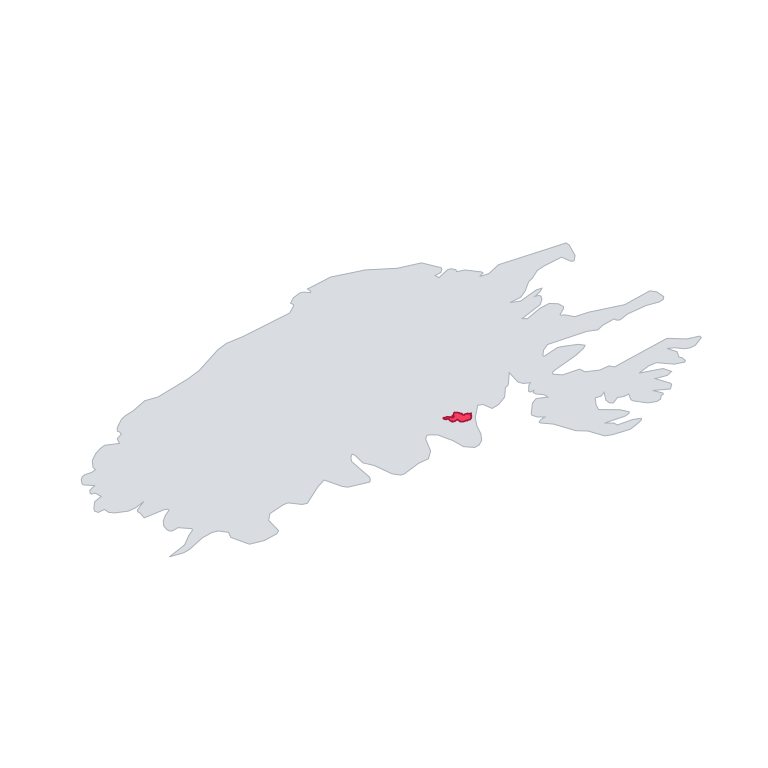 Blönduósbær, Norðurland vestra, Iceland (highlighted), rotated 164°
{"feature_id": "244011B97005072200428", "entity_name": "Blönduósbær", "entity_type": "district", "adm_level": 2, "iso_a3": "ISL", "parent_name": "Iceland", "parent_adm1": "Norðurland vestra", "projection": "natural_earth1", "projection_center": [-20.065, 65.651], "detail": "fine", "context": "in_parent", "style": "filled", "palette": "rose", "viewbox_px": 768, "rotation_deg": 164, "n_neighbors": 0, "source": "geoboundaries", "source_scale": "gbopen_adm2", "svg_char_len": 6719}
<svg xmlns="http://www.w3.org/2000/svg" viewBox="0 0 768 768"><g transform="rotate(164 384 384)"><path d="M583.7,288.4L590.3,288.7L601.0,286.2L616.4,278.7L622.9,277.0L638.0,277.0L620.0,284.3L613.4,292.2L608.5,296.1L608.6,297.9L621.6,302.7L627.8,301.1L630.5,301.7L633.0,304.0L634.9,308.5L633.9,313.2L630.4,318.0L625.5,321.9L626.2,323.2L630.3,323.8L651.4,321.4L654.0,327.2L656.0,329.1L655.5,331.1L647.3,337.3L657.1,333.4L664.9,332.3L678.4,334.3L684.0,336.5L687.4,340.5L694.0,339.3L697.1,341.5L697.3,344.0L694.6,350.6L686.8,353.9L691.7,358.7L695.8,358.8L696.6,359.9L696.2,362.8L690.2,366.1L700.5,369.8L701.8,371.2L701.4,375.5L699.7,377.9L696.7,379.3L689.4,379.6L685.0,381.2L686.7,383.8L685.5,391.0L679.9,396.9L674.6,400.1L669.4,402.1L654.7,399.8L655.5,405.0L650.3,408.1L651.4,410.8L653.3,412.1L652.5,415.5L646.0,422.5L641.4,424.8L632.0,427.5L618.6,433.9L604.8,433.8L571.2,442.9L557.9,447.9L534.3,462.7L524.3,466.5L507.0,468.4L455.2,478.2L449.4,484.0L449.1,485.3L451.5,487.5L447.6,491.7L439.8,494.7L436.1,494.6L429.6,492.1L428.8,493.3L431.4,496.4L405.9,501.5L370.6,498.8L339.4,491.6L314.6,490.1L297.1,480.1L296.7,478.5L298.6,475.5L304.9,474.2L301.9,471.1L291.3,476.4L287.9,476.3L283.4,474.1L283.3,472.0L274.5,471.2L259.3,464.8L258.2,463.4L261.9,461.3L261.2,460.9L252.9,461.2L240.9,467.1L170.0,469.4L167.6,466.3L164.9,454.8L167.4,450.0L170.4,450.4L178.5,457.0L197.6,453.3L205.3,450.9L212.5,444.6L216.6,442.6L222.5,434.7L228.4,429.8L240.4,427.5L229.7,426.1L211.7,432.5L205.7,432.5L208.6,429.7L214.7,426.6L210.5,426.4L208.9,425.0L208.8,422.0L212.0,417.3L233.1,408.8L228.2,407.2L213.5,413.7L202.9,415.9L194.2,413.0L190.2,409.0L190.4,407.3L195.6,402.2L194.8,401.2L191.3,400.7L182.0,396.1L167.2,396.6L130.6,393.9L102.9,400.3L96.3,397.3L91.0,390.9L92.2,388.4L97.0,387.0L110.5,387.2L130.5,384.2L139.6,380.5L143.1,381.4L144.7,383.2L157.0,380.4L163.6,377.1L174.5,378.7L215.9,376.9L221.3,372.6L223.5,367.5L222.5,366.5L207.3,371.2L203.9,371.1L186.3,368.6L180.0,365.8L182.2,363.5L191.5,358.7L215.3,350.5L218.6,348.9L219.0,346.9L209.7,343.5L191.9,344.4L187.4,340.3L172.7,337.9L162.8,339.4L157.7,336.9L99.4,349.9L80.7,343.9L67.3,343.0L66.2,341.1L74.1,335.4L79.5,334.4L84.9,334.9L95.1,338.9L102.1,340.1L93.4,334.3L93.1,328.7L90.4,327.2L87.8,323.5L88.9,322.2L99.5,323.1L116.4,329.5L124.8,328.4L135.7,324.2L111.4,321.9L104.1,316.8L109.5,314.2L122.0,314.5L108.2,305.7L107.6,304.2L110.1,300.3L127.5,303.7L118.4,298.5L118.2,297.4L120.8,296.4L122.3,293.2L126.7,292.0L135.5,293.1L149.1,299.1L151.0,300.8L151.5,306.9L156.9,305.9L163.3,306.7L168.7,302.6L172.3,303.6L175.2,307.3L174.7,315.4L178.4,312.6L184.8,312.4L185.9,305.7L184.8,300.3L164.0,294.1L155.9,289.6L156.9,288.1L161.0,286.7L182.8,285.6L173.5,283.0L171.2,280.3L154.7,281.3L146.3,280.2L146.2,278.8L149.5,276.8L159.6,272.6L178.7,272.3L186.3,273.4L200.9,282.6L212.6,286.3L232.2,298.8L244.8,303.6L245.4,304.8L243.3,306.3L238.4,307.9L245.9,310.1L250.4,313.3L250.7,314.8L246.5,324.8L241.7,328.1L230.0,326.2L232.8,329.4L241.1,332.8L243.0,334.8L241.7,336.6L245.7,336.0L247.0,337.1L245.1,342.9L243.0,344.9L249.9,346.1L254.7,349.0L260.5,360.5L263.7,351.6L265.3,348.4L268.2,347.2L271.7,338.1L279.5,332.7L286.8,330.7L294.4,337.0L299.8,337.7L305.5,326.6L306.3,318.4L304.6,309.4L305.6,303.0L309.3,299.2L314.2,298.0L324.7,301.8L333.5,310.7L346.7,320.4L355.8,322.9L357.4,322.6L359.1,319.4L357.7,306.6L361.9,299.9L372.8,298.2L389.1,292.0L392.9,291.8L401.0,295.4L415.7,308.2L426.1,314.1L431.6,323.6L434.0,325.4L436.2,322.4L436.4,318.2L423.6,298.5L423.5,295.9L424.6,293.7L447.2,294.8L452.3,297.0L468.0,308.2L475.7,303.6L490.7,290.4L495.9,290.8L509.0,296.2L514.2,295.7L529.3,290.9L532.5,284.7L525.7,272.2L528.3,269.6L542.3,266.5L557.5,267.1L573.5,278.7L574.3,284.2L583.7,288.4Z" fill="#d9dde1" stroke="#a8b0b8" stroke-width="1"/><path d="M328.9,328.8L327.7,328.7L327.2,328.7L326.8,328.7L326.4,328.6L326.2,328.6L323.6,329.7L323.4,329.6L323.2,329.6L323.0,329.4L322.9,329.3L322.9,329.2L323.0,329.1L322.9,329.0L322.9,328.9L322.7,328.8L322.5,328.7L322.3,328.4L322.2,328.4L322.1,328.2L321.9,328.0L321.8,327.9L321.8,327.7L321.7,327.6L321.4,327.5L321.4,327.4L321.2,327.2L321.2,326.9L320.9,326.9L320.7,326.7L320.2,326.5L320.0,326.4L319.8,326.4L319.6,326.3L319.5,326.2L319.4,326.2L319.1,326.2L318.8,326.2L318.6,326.1L317.9,326.0L317.8,325.9L317.5,326.0L317.5,325.9L317.4,325.9L317.2,326.0L316.9,326.0L316.7,326.0L316.4,326.0L316.2,326.0L315.9,326.1L315.7,326.2L315.4,326.1L315.2,326.2L314.8,326.3L314.7,326.3L314.6,326.2L314.4,326.1L314.2,326.2L313.9,326.1L313.9,325.9L313.7,326.0L313.4,326.2L313.2,326.1L312.9,326.2L312.7,326.2L312.4,326.1L312.2,326.1L311.7,326.2L311.4,326.2L311.1,326.1L310.9,326.1L310.6,326.4L310.4,326.5L310.2,326.6L309.9,326.9L310.0,327.0L310.1,327.3L310.0,327.5L309.7,327.7L309.6,327.8L309.3,328.1L309.2,328.1L309.2,328.3L309.0,328.5L308.9,328.8L308.8,329.0L308.7,329.2L308.7,329.3L308.8,329.3L308.9,329.5L309.0,329.8L309.0,330.0L308.9,330.2L308.9,330.3L309.0,330.2L309.1,330.3L309.3,330.4L309.2,330.5L308.8,330.8L308.7,330.9L308.6,331.0L308.4,331.3L308.4,331.6L308.3,331.8L311.6,332.2L311.5,332.6L311.6,332.8L312.9,332.7L314.5,332.8L315.7,331.9L316.3,332.3L316.5,332.5L316.8,332.8L316.7,332.9L316.7,333.1L316.8,333.1L317.3,333.4L317.4,333.5L317.2,333.6L317.2,333.8L317.4,333.9L317.4,334.0L317.4,334.3L317.6,334.4L318.1,334.5L318.5,334.5L319.0,334.7L319.1,334.8L319.3,335.2L319.4,335.3L319.4,335.5L319.6,335.6L319.8,335.7L320.4,335.8L320.5,335.8L320.6,336.0L320.8,336.2L320.9,336.3L321.4,336.4L321.7,336.5L321.8,336.6L322.0,336.6L322.9,336.7L323.0,336.8L323.3,336.9L323.5,336.9L323.6,337.0L323.8,337.1L323.9,337.3L324.0,337.3L324.5,337.2L324.7,336.9L325.4,335.9L325.5,335.7L325.9,335.3L326.5,334.9L326.8,334.7L327.0,334.6L326.9,334.5L326.7,334.6L326.2,334.5L326.0,334.4L325.9,334.2L326.0,334.1L325.9,334.0L325.9,333.9L325.5,333.8L325.5,333.7L325.8,333.4L326.3,333.2L326.7,332.9L327.0,332.8L327.2,332.7L327.3,332.7L327.4,332.8L327.6,332.9L327.6,333.0L327.9,333.0L328.1,333.1L328.2,333.3L328.3,333.3L328.2,333.3L328.4,333.5L328.6,333.5L328.9,333.8L328.9,334.0L329.0,334.0L329.3,334.1L329.5,334.1L329.8,334.1L330.7,334.5L330.9,334.6L331.6,334.9L331.7,335.0L331.9,335.1L333.2,335.1L333.5,335.0L334.1,334.9L334.4,334.9L334.5,334.9L334.7,335.0L335.0,335.1L335.6,335.2L335.8,335.2L336.4,334.7L336.5,334.7L336.4,334.4L336.3,334.2L336.2,334.0L336.1,333.9L335.6,333.7L335.2,333.4L334.8,333.1L334.1,332.8L334.0,332.7L333.7,332.7L333.3,332.8L333.1,332.8L332.9,333.0L332.5,332.9L332.3,333.0L332.1,333.0L332.0,332.9L331.9,332.7L331.7,332.6L331.2,332.6L331.2,332.3L331.2,332.1L331.2,331.9L331.2,331.7L331.0,331.3L331.0,331.2L330.6,330.5L330.1,330.1L329.9,329.9L329.7,329.8L329.2,329.8L328.7,329.7L328.7,329.3L328.9,329.1L328.9,328.9L328.9,328.8Z" fill="#f43f5e" stroke="#9f1239" stroke-width="1.5"/></g></svg>